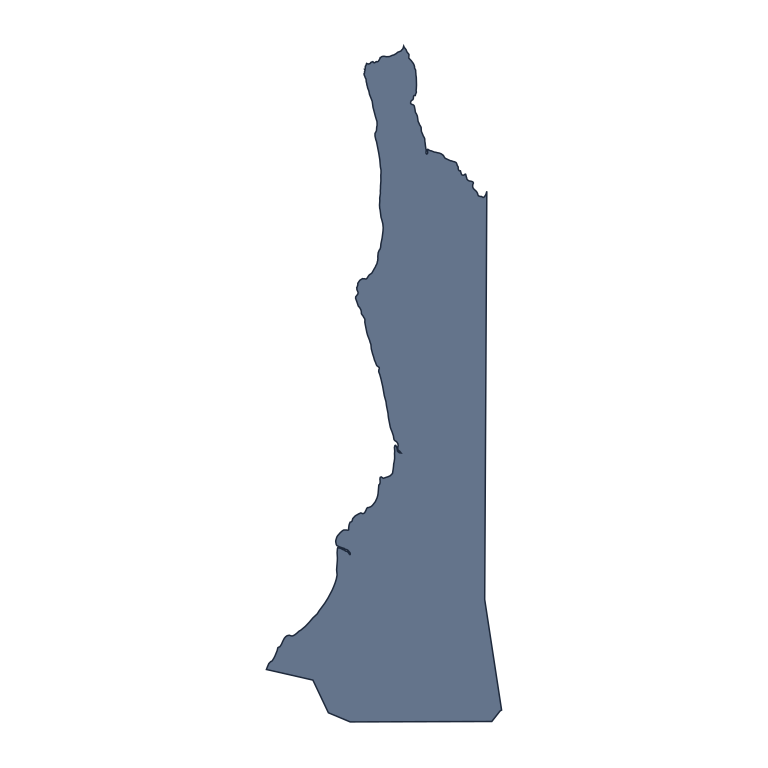 outline of Bata, Litoral, Equatorial Guinea
{"feature_id": "11065452B98139425844484", "entity_name": "Bata", "entity_type": "district", "adm_level": 2, "iso_a3": "GNQ", "parent_name": "Equatorial Guinea", "parent_adm1": "Litoral", "projection": "robinson", "projection_center": [9.804, 2.002], "detail": "fine", "context": "isolated", "style": "filled", "palette": "slate", "viewbox_px": 768, "rotation_deg": 0, "n_neighbors": 0, "source": "geoboundaries", "source_scale": "gbopen_adm2", "svg_char_len": 6013}
<svg xmlns="http://www.w3.org/2000/svg" viewBox="0 0 768 768"><path d="M486.8,191.3L485.9,194.4L485.2,195.6L484.3,196.9L483.1,197.5L481.5,196.5L481.0,196.4L480.2,196.5L478.4,195.8L477.7,194.3L477.6,193.5L476.8,192.0L476.1,191.1L473.8,189.0L472.9,187.6L472.7,187.0L472.7,184.8L473.3,183.4L473.4,183.0L473.2,182.4L472.9,182.0L472.5,181.7L471.0,181.2L469.4,181.0L468.2,180.4L467.8,180.1L467.0,179.3L466.6,177.6L466.3,177.0L466.3,176.7L466.2,176.3L465.7,174.3L465.2,174.1L464.3,174.8L463.7,175.2L462.4,175.1L462.0,174.9L461.7,174.6L461.3,173.8L460.4,170.8L459.9,170.8L459.7,170.9L459.1,170.6L458.5,169.8L458.5,169.4L458.2,168.8L458.2,167.1L458.0,166.6L457.2,165.4L457.0,164.4L456.3,162.8L455.7,162.3L454.3,161.7L453.2,161.5L451.3,160.8L450.6,160.8L445.9,158.6L445.1,158.2L444.4,157.2L444.1,156.8L443.4,155.4L443.1,155.4L442.7,154.9L441.2,153.8L439.1,153.0L437.7,152.8L435.6,152.2L434.7,152.2L431.2,150.8L430.6,150.8L429.2,150.2L427.8,149.3L427.3,149.5L427.6,151.2L427.7,152.8L427.4,153.7L426.5,154.0L426.0,153.2L426.0,152.4L426.2,149.8L425.8,148.6L425.7,147.4L425.5,146.3L425.1,142.8L424.8,141.2L424.8,139.9L424.7,138.7L424.3,137.7L423.1,135.6L422.9,134.9L421.4,131.4L421.1,127.3L420.3,125.8L419.6,124.8L419.1,123.4L418.1,121.4L417.7,118.4L417.4,116.4L417.2,115.7L416.3,113.7L415.5,112.5L415.3,111.6L415.0,109.5L414.3,106.1L413.9,105.4L413.5,105.1L412.8,104.6L412.0,104.5L410.7,103.6L410.6,103.3L410.7,101.9L411.3,100.7L412.8,99.7L413.3,98.8L413.6,96.1L414.2,95.5L415.3,95.5L415.6,94.1L416.1,93.0L416.4,92.2L416.1,90.2L416.3,89.2L416.5,85.1L416.4,80.9L416.3,77.4L415.9,74.7L415.9,73.9L415.7,71.8L415.7,70.7L415.5,69.7L414.6,68.2L414.5,66.5L414.1,65.1L413.6,64.0L413.3,63.4L411.2,60.6L408.9,58.2L408.8,57.7L409.0,54.6L408.6,53.9L407.3,52.4L406.6,51.1L406.2,49.9L405.3,48.6L404.3,47.5L403.7,46.1L403.1,48.2L402.7,49.0L401.8,49.9L400.8,51.1L397.6,52.3L396.3,53.5L393.7,55.0L392.3,55.3L389.9,56.4L389.2,56.6L386.3,56.7L384.4,56.3L383.2,56.3L382.5,56.4L381.6,56.7L380.6,57.5L380.3,58.0L380.1,57.9L380.0,58.4L379.1,60.1L378.3,61.3L377.7,61.7L376.5,61.8L376.3,61.6L375.9,61.8L375.4,62.3L374.4,62.8L373.7,62.6L373.3,62.0L372.8,61.9L372.7,61.7L371.9,62.1L371.3,62.1L371.1,62.3L370.8,62.7L370.6,62.7L370.3,63.3L369.8,63.7L368.9,63.8L368.2,64.1L366.6,63.4L366.5,63.6L366.1,65.0L365.9,65.7L365.6,65.9L365.4,66.1L365.3,66.5L365.3,67.2L365.2,68.7L365.1,69.1L364.9,69.4L364.6,69.4L365.0,70.0L365.0,70.4L364.5,71.7L364.6,72.1L364.4,73.5L364.0,73.8L364.2,74.5L364.1,74.8L365.0,76.8L365.2,77.7L365.8,78.6L366.1,79.7L366.2,81.5L366.4,82.4L366.9,84.1L366.8,84.7L367.3,86.1L367.6,87.8L368.8,90.9L369.3,93.2L369.4,94.1L372.2,101.3L373.0,107.3L373.7,109.9L375.5,116.8L377.0,121.6L377.1,125.3L376.7,127.0L376.5,130.1L376.3,131.1L375.0,133.4L375.0,136.0L375.8,139.7L376.5,141.6L378.8,153.4L379.8,159.7L380.4,166.9L381.0,170.0L381.0,173.2L380.8,175.1L380.9,181.0L380.5,185.9L380.5,188.2L380.3,190.8L380.4,193.4L379.7,198.1L379.8,200.9L379.5,205.0L379.7,208.3L380.1,209.8L381.0,217.2L381.9,220.2L382.8,223.7L383.2,227.8L383.0,231.0L382.1,238.1L380.9,243.9L380.6,247.3L380.3,248.3L379.8,249.6L379.3,250.0L378.2,252.6L378.1,253.4L377.8,256.6L377.9,258.7L377.7,259.7L377.8,260.3L377.4,261.4L377.0,263.5L376.5,264.5L375.8,265.8L375.3,267.1L374.4,268.5L372.3,272.3L371.6,273.3L369.4,274.8L368.7,275.6L366.9,278.4L366.3,278.9L365.6,279.0L364.3,278.7L363.2,278.8L362.5,278.6L360.6,279.8L359.8,280.3L358.1,282.8L357.8,283.3L357.8,283.8L357.8,284.9L357.2,286.8L356.7,287.7L356.9,288.8L356.9,289.7L358.1,292.4L358.0,293.3L357.8,294.1L355.7,296.8L355.6,298.3L355.9,299.2L357.0,302.2L358.2,305.8L358.6,306.6L359.2,306.9L360.3,308.7L360.9,309.9L361.3,311.6L361.4,313.7L362.3,315.1L362.9,315.8L363.9,317.6L364.6,318.6L364.9,319.6L364.9,321.0L364.8,322.1L365.3,324.9L366.8,332.4L367.6,335.3L369.6,340.4L370.1,342.3L370.9,344.4L371.3,348.9L372.6,353.9L373.7,357.2L374.5,360.2L375.5,362.4L376.3,364.6L376.8,365.6L377.1,365.9L379.2,367.5L379.3,368.9L379.0,369.3L378.8,370.0L378.7,371.7L379.8,374.6L381.0,379.0L382.7,386.5L384.3,395.7L386.0,401.8L386.5,405.8L388.0,413.3L388.2,415.7L388.5,418.1L390.3,427.3L391.2,429.8L391.9,431.4L393.5,436.2L393.5,436.8L394.0,439.5L394.7,440.5L395.4,441.0L395.8,441.2L396.8,442.0L397.9,443.7L398.2,445.9L397.8,446.6L397.8,449.7L399.8,451.3L401.1,453.0L399.4,452.8L398.3,452.0L397.5,451.2L397.0,448.2L396.0,445.8L395.8,445.4L395.3,445.3L394.9,445.6L394.4,447.4L394.7,451.1L394.5,453.7L394.6,455.7L394.6,458.7L394.1,462.2L393.7,463.8L393.5,466.4L393.2,469.0L392.5,473.4L390.3,475.7L387.9,476.8L385.9,477.4L384.3,478.0L383.3,478.3L381.2,476.9L380.2,477.4L379.9,479.2L380.1,480.8L380.1,482.8L379.6,484.3L378.8,485.0L378.1,493.4L377.7,495.7L377.0,498.0L375.3,501.7L373.3,504.3L372.2,505.6L370.8,506.7L368.4,507.6L367.5,507.6L366.7,508.5L366.0,510.2L364.6,512.8L363.5,513.5L362.4,513.6L360.9,512.9L358.6,513.9L355.3,515.8L353.5,517.7L352.7,518.7L352.2,520.6L351.9,521.3L350.9,522.0L350.1,522.2L349.3,524.2L349.0,525.4L348.6,528.4L348.7,529.4L348.6,529.9L348.2,530.1L347.6,530.2L346.4,530.0L343.8,530.0L342.5,530.7L340.3,532.6L339.1,534.0L337.7,535.6L336.8,537.1L335.8,540.4L335.7,541.7L336.3,544.6L336.9,545.6L339.3,546.8L343.0,548.1L344.2,548.4L345.4,549.4L346.8,549.6L347.7,550.1L348.5,550.9L350.1,552.9L350.3,553.8L350.2,554.5L349.8,554.6L349.1,553.8L348.3,552.5L347.0,551.4L345.5,551.1L344.4,550.1L342.7,549.5L341.0,548.5L340.0,548.2L337.7,547.8L337.4,548.8L337.1,552.7L337.4,558.0L337.3,560.9L336.6,569.8L337.1,575.0L336.3,579.1L335.2,582.7L333.7,586.6L332.1,590.3L327.9,598.2L324.7,603.3L319.2,610.7L317.3,613.8L312.9,617.9L309.0,622.5L305.3,626.4L300.6,630.3L299.1,631.1L296.6,633.4L294.5,635.0L292.9,635.8L291.9,636.0L290.6,635.7L289.6,635.3L288.9,635.3L287.1,635.7L285.7,636.7L284.3,638.3L282.8,641.2L281.5,644.2L279.9,646.7L278.4,647.3L277.8,647.8L277.2,650.5L275.0,655.9L274.0,657.9L272.6,660.2L271.6,661.4L270.8,661.5L268.8,663.6L267.5,666.6L266.4,669.5L312.9,680.1L328.4,712.8L350.1,721.9L491.8,721.5L499.9,711.2L500.3,710.8L501.6,710.1L484.7,599.5L486.8,191.3Z" fill="#64748b" stroke="#1e293b" stroke-width="1.5"/></svg>